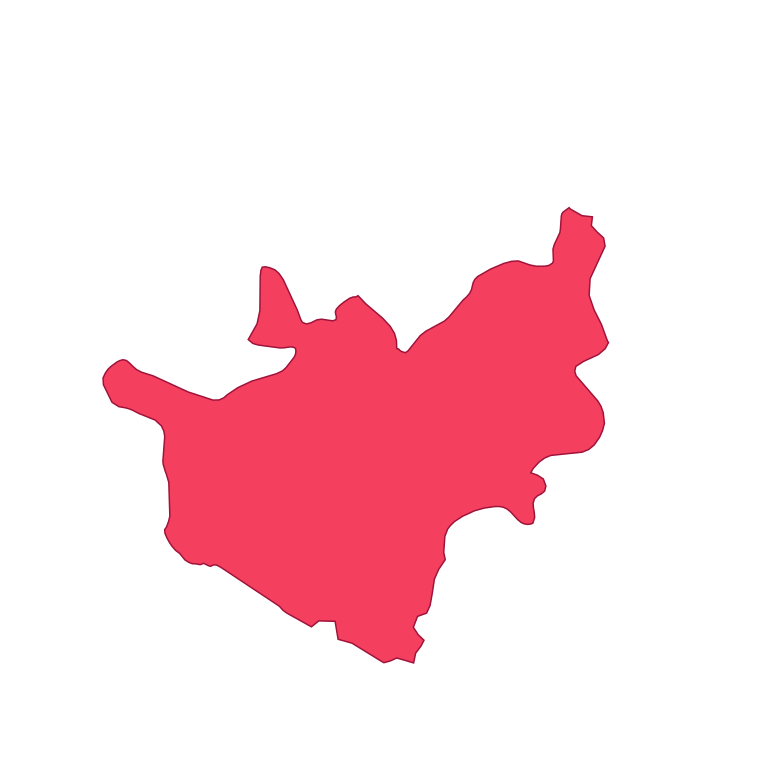 SVG path tracing the border of Thaba-Tseka, rotated 313°
{"feature_id": "LSO-1215", "entity_name": "Thaba-Tseka", "entity_type": "District", "adm_level": 1, "iso_a3": "LSO", "parent_name": "Lesotho", "parent_adm1": "", "projection": "natural_earth1", "projection_center": [28.641, -29.5], "detail": "fine", "context": "isolated", "style": "filled", "palette": "rose", "viewbox_px": 768, "rotation_deg": 313, "n_neighbors": 0, "source": "natural_earth", "source_scale": "10m", "svg_char_len": 3003}
<svg xmlns="http://www.w3.org/2000/svg" viewBox="0 0 768 768"><g transform="rotate(313 384 384)"><path d="M639.2,399.1L639.1,401.3L642.2,414.1L648.4,422.4L641.2,427.7L640.5,436.1L640.6,445.0L635.6,451.7L601.6,462.9L588.7,473.6L581.5,487.1L575.9,502.3L567.7,518.4L567.6,519.8L567.4,519.9L560.7,521.7L551.7,520.7L536.8,514.6L527.7,512.3L523.4,514.8L521.0,519.0L517.4,551.9L515.7,557.9L512.5,563.9L505.6,572.0L499.0,575.6L492.0,578.0L482.9,579.3L475.8,578.4L469.3,575.4L445.5,554.7L439.6,552.0L433.1,550.7L424.0,550.7L419.9,551.7L419.2,551.9L422.0,558.5L423.2,565.3L419.8,572.0L415.3,574.5L411.1,574.0L406.9,572.5L402.7,572.3L398.5,574.4L395.4,577.7L392.5,581.5L389.3,585.1L383.7,587.8L381.8,586.9L379.3,584.8L377.3,581.9L376.2,578.5L376.0,574.2L376.8,563.9L376.5,559.2L375.2,555.2L372.9,551.7L369.7,548.4L361.6,541.9L353.1,536.7L340.7,531.6L331.7,529.4L325.9,529.1L321.6,529.4L314.1,532.4L301.6,542.5L297.3,548.6L285.8,550.4L275.7,553.9L264.2,561.8L253.4,568.8L245.5,571.4L236.9,567.0L226.1,571.4L223.9,580.2L223.9,588.0L217.5,589.8L208.8,590.7L200.2,595.9L195.9,587.2L192.3,580.2L185.8,577.5L180.1,574.0L179.2,570.1L172.6,537.3L166.0,524.5L177.1,510.1L166.3,497.9L156.9,496.5L150.2,469.3L149.6,464.6L150.1,459.0L138.6,389.4L137.5,385.4L135.9,383.0L132.3,381.4L131.3,379.3L130.5,376.5L129.7,374.3L126.8,373.0L125.7,371.6L124.4,369.4L121.8,366.3L120.4,362.8L119.6,358.2L120.7,350.3L120.2,345.0L120.7,340.0L121.7,335.4L123.4,330.2L125.4,325.7L127.9,322.9L131.3,322.4L136.9,320.0L141.3,317.5L165.2,293.8L169.6,286.4L170.9,283.7L174.6,277.4L176.8,274.9L196.0,259.5L199.5,255.0L201.6,249.6L201.5,241.1L195.4,225.3L193.1,217.2L191.7,213.9L190.1,210.9L186.6,205.6L185.1,197.6L192.1,179.3L196.8,174.4L201.8,172.8L206.3,172.1L210.6,172.3L217.6,173.6L220.8,174.7L223.7,176.5L225.5,179.5L225.8,183.2L225.6,188.0L225.8,193.3L227.3,198.7L232.5,209.6L244.6,246.2L255.6,269.9L259.9,274.3L264.8,276.3L269.2,276.7L281.7,279.6L296.1,285.4L318.1,298.3L324.4,300.8L329.3,301.2L342.5,300.0L345.8,298.8L348.3,296.8L349.7,294.9L349.2,292.9L347.4,290.3L342.4,286.3L339.4,283.3L326.9,265.7L325.0,262.1L324.2,260.1L323.9,254.4L341.5,250.1L353.0,243.2L378.5,219.9L383.3,216.4L386.5,215.3L388.9,217.4L391.1,221.1L393.1,226.4L393.2,231.9L391.6,239.2L378.9,270.3L374.5,278.9L373.4,282.3L375.0,286.3L378.9,288.8L385.2,291.2L388.8,294.1L395.3,303.5L398.3,305.0L400.6,303.5L402.1,301.1L403.6,299.2L406.2,298.1L410.8,298.0L416.1,298.7L423.3,300.4L426.6,302.1L428.5,304.0L430.9,304.8L430.2,315.9L431.2,338.2L430.4,349.2L428.1,357.2L424.4,363.3L418.6,369.2L419.6,370.9L419.4,372.8L419.7,374.6L421.4,378.2L424.5,379.0L444.2,377.5L451.2,378.6L471.3,385.3L477.3,385.8L499.1,384.6L504.1,385.0L508.5,384.8L512.5,383.7L519.1,380.0L522.6,379.1L526.6,379.2L540.6,383.5L553.7,389.3L560.8,393.7L565.6,398.3L570.5,409.4L574.0,415.1L580.0,421.4L583.3,423.8L587.5,424.8L589.6,423.9L597.9,415.6L602.2,413.4L614.6,409.4L617.3,407.6L627.8,399.1L629.7,398.1L631.6,397.7L639.0,399.1L639.2,399.1Z" fill="#f43f5e" stroke="#9f1239" stroke-width="1.5"/></g></svg>